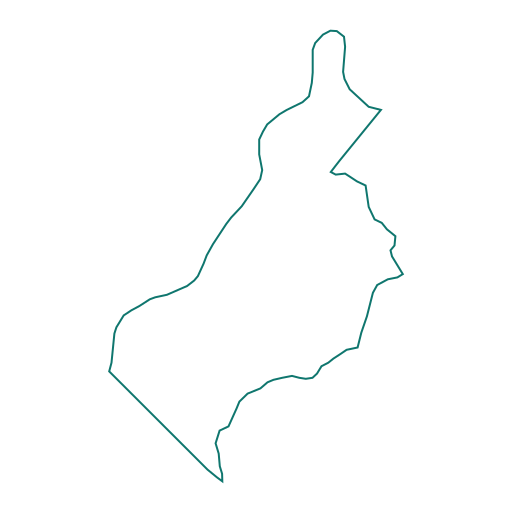 Madeiro, Piauí, Brazil
{"feature_id": "56859067B91104419573943", "entity_name": "Madeiro", "entity_type": "district", "adm_level": 2, "iso_a3": "BRA", "parent_name": "Brazil", "parent_adm1": "Piauí", "projection": "robinson", "projection_center": [-42.521, -3.556], "detail": "fine", "context": "isolated", "style": "outline", "palette": "teal", "viewbox_px": 512, "rotation_deg": 0, "n_neighbors": 0, "source": "geoboundaries", "source_scale": "gbopen_adm2", "svg_char_len": 1266}
<svg xmlns="http://www.w3.org/2000/svg" viewBox="0 0 512 512"><path d="M109.2,371.4L207.5,469.6L216.9,477.3L222.3,481.3L222.1,473.8L219.8,466.3L218.7,453.6L215.6,443.3L219.6,430.6L228.5,426.4L236.6,408.4L239.4,401.6L247.6,393.6L260.4,388.4L267.5,382.3L273.5,379.8L282.2,377.8L292.0,375.9L299.3,377.8L305.8,378.8L312.5,377.8L317.0,373.6L321.5,366.2L328.3,362.7L333.4,358.6L340.0,354.3L346.6,349.8L357.6,347.5L361.3,332.7L366.9,316.4L372.9,292.8L377.2,285.0L387.8,279.3L397.4,277.4L402.8,274.1L392.0,256.4L390.5,250.3L394.5,245.5L395.4,236.2L386.9,229.3L381.8,222.9L374.6,219.4L368.7,206.9L365.6,185.5L357.0,181.4L350.2,176.9L345.1,173.6L335.7,174.6L330.8,172.0L335.7,165.6L339.7,160.5L380.9,109.9L368.7,106.8L349.7,89.3L344.5,79.0L343.1,71.9L345.1,46.8L344.0,36.7L336.8,31.1L330.4,30.7L323.0,34.6L315.2,43.0L312.7,49.8L312.7,72.6L311.8,82.9L309.0,96.3L302.5,102.2L286.8,109.9L279.5,114.2L267.2,124.4L263.0,131.5L259.2,139.5L259.2,154.4L262.2,170.1L260.2,179.2L253.6,189.1L241.7,206.3L231.2,217.5L226.3,223.9L213.0,244.1L206.7,255.4L203.6,263.6L197.9,276.1L194.2,280.5L187.1,286.0L179.5,289.3L166.9,294.8L155.2,297.3L149.8,299.3L139.4,306.0L131.4,310.3L123.7,315.4L116.4,327.3L114.4,333.5L111.5,362.7L109.2,371.4Z" fill="none" stroke="#0f766e" stroke-width="2"/></svg>